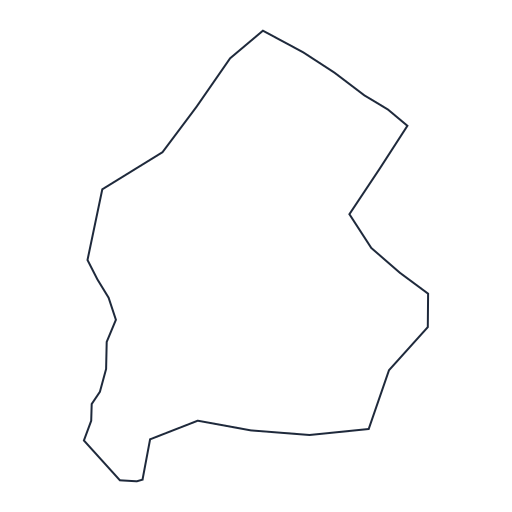 SVG path tracing the border of Daşkəsən
{"feature_id": "AZE-1677", "entity_name": "Daşkəsən", "entity_type": "District", "adm_level": 1, "iso_a3": "AZE", "parent_name": "Azerbaijan", "parent_adm1": "", "projection": "orthographic", "projection_center": [45.99, 40.464], "detail": "fine", "context": "isolated", "style": "outline", "palette": "slate", "viewbox_px": 512, "rotation_deg": 0, "n_neighbors": 0, "source": "natural_earth", "source_scale": "10m", "svg_char_len": 560}
<svg xmlns="http://www.w3.org/2000/svg" viewBox="0 0 512 512"><path d="M136.8,481.3L119.9,480.3L83.9,440.5L91.2,420.8L91.7,404.0L99.9,391.8L106.1,369.0L106.7,341.9L115.9,319.8L108.6,297.7L97.4,279.4L87.5,260.0L102.3,189.3L162.5,152.2L196.5,106.8L230.1,58.3L262.9,30.7L303.3,52.4L334.5,72.7L364.4,95.4L387.9,109.5L407.4,125.8L379.8,168.5L349.4,214.2L371.3,248.0L399.9,272.8L428.1,293.7L427.8,327.1L389.0,370.2L368.7,429.0L309.5,435.0L250.9,430.4L197.7,420.7L150.1,439.3L142.6,479.2L142.6,479.6L136.8,481.3Z" fill="none" stroke="#1e293b" stroke-width="2"/></svg>